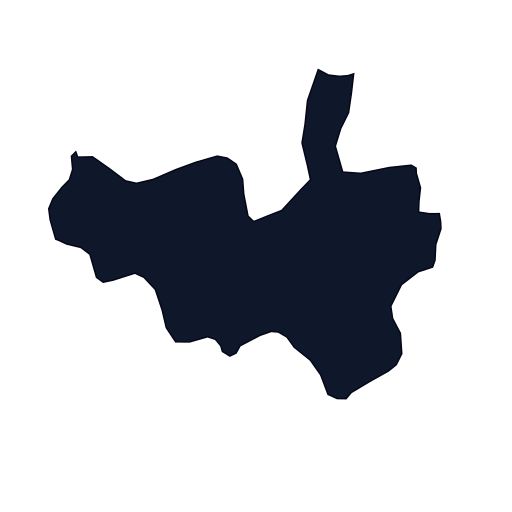 Sarajevo, Equal Earth projection, rotated 254°
{"feature_id": "BIH-2890", "entity_name": "Sarajevo", "entity_type": "Canton", "adm_level": 1, "iso_a3": "BIH", "parent_name": "Bosnia and Herzegovina", "parent_adm1": "", "projection": "equal_earth", "projection_center": [18.322, 43.843], "detail": "fine", "context": "isolated", "style": "filled", "palette": "ink", "viewbox_px": 512, "rotation_deg": 254, "n_neighbors": 0, "source": "natural_earth", "source_scale": "10m", "svg_char_len": 1558}
<svg xmlns="http://www.w3.org/2000/svg" viewBox="0 0 512 512"><g transform="rotate(254 256 256)"><path d="M405.8,111.5L400.2,111.8L396.4,126.2L380.3,139.2L364.2,151.3L358.8,161.2L358.0,178.2L361.2,203.2L362.7,224.2L362.7,246.3L358.1,255.3L349.7,262.3L333.5,264.3L318.9,261.3L296.6,259.3L289.7,263.3L291.2,277.3L292.7,293.3L307.4,317.4L314.3,329.4L328.9,330.4L352.0,331.4L369.0,339.4L391.3,348.4L418.0,367.2L416.5,368.8L410.0,375.5L405.7,385.8L404.0,394.2L404.2,400.1L386.0,392.5L368.3,384.5L355.1,372.5L339.7,362.5L329.0,362.5L312.8,362.5L306.6,379.5L304.3,408.6L300.5,430.2L296.4,434.1L291.2,432.9L276.2,432.9L263.8,427.8L263.6,427.7L253.4,424.4L248.8,434.5L246.2,443.9L244.7,443.7L238.4,443.0L233.2,441.8L231.2,441.3L229.3,440.0L217.5,432.0L202.6,426.9L196.7,422.7L196.5,418.0L196.1,407.4L188.3,387.9L188.2,387.8L174.6,375.4L170.7,371.8L169.5,371.6L158.3,370.1L145.7,372.7L142.0,373.5L139.2,372.9L121.9,369.2L112.8,360.8L108.9,351.4L104.7,333.5L104.3,332.0L103.8,329.9L98.5,309.9L94.1,303.4L94.0,303.2L96.6,294.7L103.1,287.1L123.9,285.4L140.9,279.5L157.8,267.6L169.5,263.4L176.7,256.6L179.3,249.8L178.6,238.0L174.1,216.0L169.3,211.2L168.2,210.1L167.0,203.3L173.5,197.4L179.3,197.4L187.1,194.0L191.7,187.2L191.7,168.6L195.6,155.1L211.8,150.0L230.0,150.9L251.5,150.0L266.4,142.4L272.9,134.8L272.2,112.0L272.9,101.9L279.4,96.8L293.0,96.8L303.4,96.8L312.5,90.0L319.6,77.4L325.5,70.6L327.4,68.1L338.5,68.1L347.5,68.1L358.6,69.8L367.0,76.5L375.5,88.4L380.7,97.6L389.8,103.6L402.8,106.1L405.8,111.5Z" fill="#0f172a" stroke="#020617" stroke-width="1.5"/></g></svg>